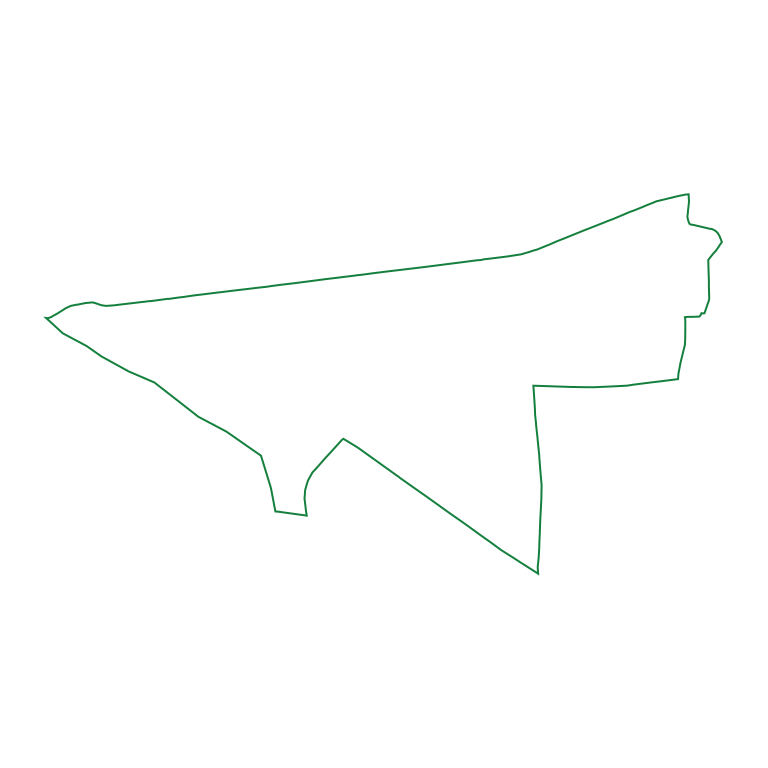 the district of Al Wehdah, Amanat Al Asimah, Yemen
{"feature_id": "15242507B40413338286185", "entity_name": "Al Wehdah", "entity_type": "district", "adm_level": 2, "iso_a3": "YEM", "parent_name": "Yemen", "parent_adm1": "Amanat Al Asimah", "projection": "albers", "projection_center": [44.192, 15.335], "detail": "fine", "context": "isolated", "style": "outline", "palette": "green", "viewbox_px": 768, "rotation_deg": 0, "n_neighbors": 0, "source": "geoboundaries", "source_scale": "gbopen_adm2", "svg_char_len": 3194}
<svg xmlns="http://www.w3.org/2000/svg" viewBox="0 0 768 768"><path d="M629.6,212.0L612.7,219.2L607.0,221.3L604.9,222.2L587.9,228.9L585.8,229.7L582.5,231.0L575.6,233.8L571.4,235.5L567.7,237.0L556.4,241.5L549.1,244.7L545.8,246.0L542.4,247.4L537.5,249.4L533.0,250.7L531.4,251.2L529.6,251.9L528.1,252.3L523.2,253.7L521.3,254.3L511.6,255.8L510.0,256.0L509.3,256.2L503.1,257.0L489.3,258.7L483.3,259.4L481.2,260.0L476.9,260.3L466.8,261.6L464.0,262.0L449.6,263.8L433.3,265.9L420.4,267.5L410.5,268.7L386.9,271.5L382.1,272.1L373.3,273.2L369.7,273.7L369.0,273.8L359.8,275.0L357.3,275.2L354.7,275.6L332.6,278.3L324.3,279.3L305.3,281.8L298.2,282.7L294.4,283.2L281.5,284.7L270.9,286.1L266.4,286.8L258.1,287.7L253.2,288.3L252.2,288.4L249.0,288.8L233.6,290.6L219.8,292.3L218.7,292.4L201.0,294.6L195.7,295.2L192.1,295.7L185.8,296.6L184.1,296.9L178.8,297.5L170.9,298.6L169.2,298.9L167.2,298.9L165.0,299.2L151.6,301.0L146.8,301.4L144.3,301.8L142.8,301.9L137.8,302.5L118.2,304.8L114.6,305.3L108.8,305.7L106.2,305.9L104.7,305.7L101.9,305.3L98.9,304.4L96.2,303.4L92.6,302.4L85.8,303.0L80.0,304.1L77.6,304.7L76.5,304.7L70.7,305.9L65.8,308.2L57.1,313.7L53.4,315.7L51.5,316.9L50.5,317.3L47.9,318.2L46.1,318.0L62.9,333.4L86.7,346.1L101.4,356.4L128.6,371.4L152.8,381.8L154.3,382.4L198.4,416.8L226.4,431.6L261.0,455.7L269.9,484.6L271.0,488.4L275.4,511.5L277.7,511.6L292.1,513.6L302.4,515.0L306.7,515.6L306.0,510.9L304.6,499.1L304.5,498.2L304.8,495.5L304.9,493.4L305.1,490.7L305.3,489.5L306.2,486.5L306.7,484.4L308.1,480.3L312.4,472.5L317.5,467.0L319.6,464.6L323.7,459.9L325.5,457.9L332.3,450.5L342.0,439.8L343.4,438.8L349.3,442.4L354.4,445.5L357.5,447.4L360.2,449.3L392.4,472.4L398.8,476.9L400.4,478.2L411.4,486.0L412.3,486.6L421.2,492.9L424.0,494.8L445.1,509.9L450.4,513.7L462.0,521.8L464.7,523.7L482.4,536.5L486.9,539.7L489.5,541.5L501.2,550.1L506.9,553.7L514.2,558.3L519.2,561.6L536.6,572.7L538.1,573.7L537.7,567.1L538.7,557.2L538.8,555.5L539.3,546.9L539.3,544.2L539.7,535.1L539.8,534.1L539.8,532.2L540.3,519.0L540.9,508.2L541.4,498.2L541.4,497.3L541.4,496.3L541.6,485.0L540.7,475.0L539.3,457.3L539.3,455.8L537.8,441.2L537.5,437.9L536.2,426.0L535.9,422.2L535.1,414.8L534.9,408.6L533.9,393.0L533.4,385.7L572.2,387.0L574.3,387.0L585.7,387.2L590.3,387.2L592.2,387.3L593.8,387.2L597.2,387.1L614.5,386.3L626.5,385.7L630.3,385.2L632.5,384.8L636.3,384.3L655.4,381.9L660.9,381.3L678.0,379.1L678.5,373.3L680.6,362.3L682.1,356.3L682.3,355.3L683.2,351.8L684.9,344.9L685.2,338.8L685.3,329.3L685.3,324.6L685.3,323.1L685.3,322.0L685.2,318.7L684.9,317.2L687.4,316.9L691.9,316.9L693.5,316.8L699.2,316.6L700.2,315.7L701.0,314.5L701.5,313.2L702.5,313.3L703.4,313.4L704.4,313.3L704.9,312.0L708.8,300.7L709.2,299.3L708.9,286.4L708.9,280.6L708.8,277.9L708.4,266.2L708.3,259.9L710.5,257.0L713.5,253.3L716.0,250.6L718.6,246.9L719.7,245.1L721.9,242.0L720.4,238.3L719.6,236.2L717.7,232.9L715.1,230.6L712.4,229.2L711.3,228.9L709.9,228.8L694.6,225.2L690.4,224.4L689.5,223.8L688.6,221.7L687.9,219.5L687.4,216.6L687.9,212.4L688.0,210.6L688.6,205.6L689.0,201.7L688.6,194.3L685.5,194.6L682.3,195.2L677.6,196.2L658.2,200.9L656.7,201.2L652.1,203.1L645.8,205.6L642.6,207.0L633.1,210.8L629.6,212.0Z" fill="none" stroke="#15803d" stroke-width="2"/></svg>